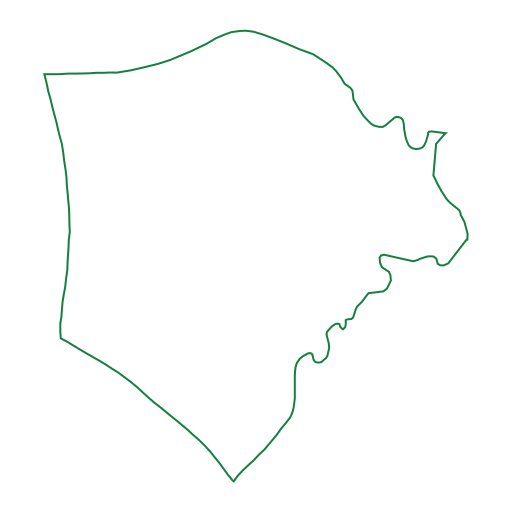 Ma'rib City, Ma'rib, Yemen (Mercator projection)
{"feature_id": "15242507B93077253954645", "entity_name": "Ma'rib City", "entity_type": "district", "adm_level": 2, "iso_a3": "YEM", "parent_name": "Yemen", "parent_adm1": "Ma'rib", "projection": "mercator", "projection_center": [45.317, 15.424], "detail": "fine", "context": "isolated", "style": "outline", "palette": "green", "viewbox_px": 512, "rotation_deg": 0, "n_neighbors": 0, "source": "geoboundaries", "source_scale": "gbopen_adm2", "svg_char_len": 3057}
<svg xmlns="http://www.w3.org/2000/svg" viewBox="0 0 512 512"><path d="M233.8,481.3L237.8,475.7L243.1,470.1L248.6,464.9L254.3,459.7L258.9,454.7L264.1,449.9L268.4,444.8L272.8,439.6L277.1,434.4L280.9,428.9L286.1,422.7L290.1,417.6L291.8,413.9L292.8,411.1L293.7,407.2L294.8,398.6L294.8,375.8L295.1,371.0L295.6,366.9L296.9,362.9L300.1,358.4L303.5,355.8L308.3,353.3L309.9,353.1L311.6,353.6L312.4,354.5L313.0,357.4L313.7,359.9L314.6,361.3L315.7,362.1L317.3,362.5L319.3,362.5L320.9,362.2L322.2,361.5L323.5,360.1L325.8,358.3L327.4,355.9L329.2,347.9L328.8,343.6L326.6,334.8L326.8,332.2L328.5,330.1L331.9,326.4L335.6,323.9L338.0,323.7L339.4,324.1L339.7,325.2L340.4,327.0L342.0,328.7L343.0,329.3L345.1,327.3L345.7,324.8L345.8,322.5L345.7,320.9L345.7,320.2L346.2,319.8L347.4,319.4L351.3,319.0L353.1,317.6L353.7,315.7L355.7,309.5L357.1,306.6L361.8,301.9L366.1,296.2L368.5,293.2L383.3,291.4L387.0,288.6L390.9,280.5L390.4,275.2L389.0,271.9L381.8,267.1L380.0,262.7L379.6,257.8L381.0,255.5L383.9,254.7L412.9,261.2L414.8,260.9L418.0,259.9L419.8,258.9L427.3,256.5L429.7,256.3L433.6,256.5L436.3,258.6L437.8,263.8L440.2,265.3L443.8,265.4L448.3,263.3L466.5,239.7L467.3,239.7L467.6,233.7L464.4,221.8L460.8,215.1L460.4,212.7L459.3,210.4L457.5,208.7L454.5,206.4L450.9,203.4L448.4,201.1L446.4,198.8L441.3,190.9L441.0,190.2L437.5,184.0L434.5,177.5L433.4,175.6L436.1,143.9L438.2,141.5L445.1,133.6L445.6,133.2L431.5,131.4L428.8,131.8L428.1,132.8L428.0,134.8L425.9,141.8L424.3,145.1L422.7,147.2L420.6,148.3L418.5,148.8L415.8,149.0L412.6,148.4L410.3,147.0L408.7,145.3L406.9,141.3L405.9,138.3L405.5,136.8L405.3,135.7L405.1,134.5L404.2,129.6L403.8,124.2L403.0,120.3L401.2,118.1L398.7,117.1L396.3,116.9L394.1,117.9L392.7,119.3L389.7,121.8L386.1,124.9L382.8,126.9L379.4,126.9L374.3,125.7L371.1,123.8L367.9,120.6L363.8,116.2L358.9,108.9L355.7,103.3L353.5,99.5L352.8,93.3L352.5,91.1L351.8,89.6L350.2,87.7L346.8,85.3L344.6,83.8L341.2,77.9L336.1,71.1L332.2,67.0L328.1,64.3L327.9,63.9L313.3,54.3L299.1,49.1L292.9,46.4L285.9,43.4L275.2,39.1L262.8,34.5L253.5,31.7L245.4,30.7L239.6,31.0L231.1,32.2L224.0,34.8L215.8,38.3L206.9,43.6L190.5,51.5L170.1,60.0L158.2,63.8L144.5,67.2L130.5,70.4L116.9,72.6L110.1,72.5L103.4,72.8L96.6,72.8L89.1,73.3L81.8,73.5L74.9,73.6L68.1,73.6L59.1,74.2L51.8,74.2L44.4,74.2L45.2,77.5L46.8,84.1L48.4,91.8L50.4,98.7L52.4,107.2L54.3,114.4L56.5,122.6L58.1,129.7L59.8,136.5L61.8,143.7L63.3,153.1L64.1,160.4L65.6,170.0L66.5,177.5L66.8,184.8L67.6,192.7L68.3,201.3L69.0,208.3L69.3,216.5L69.4,223.6L69.8,232.0L68.8,239.8L68.5,248.2L68.0,255.3L67.6,262.1L67.3,270.0L66.1,278.7L65.1,287.6L63.8,294.3L62.6,301.7L62.0,308.4L61.5,315.9L60.3,323.7L60.3,331.5L60.8,338.4L66.6,341.4L73.0,345.3L79.6,349.3L85.5,352.8L92.6,356.9L98.8,360.4L105.5,364.4L112.3,368.9L118.0,372.4L124.6,377.3L130.6,381.8L137.5,387.5L143.3,392.9L148.8,397.9L154.6,402.9L160.1,407.1L165.8,411.8L171.5,416.5L177.6,421.4L182.8,425.7L188.1,430.2L193.0,434.8L198.8,439.8L205.1,446.0L210.3,451.7L214.8,457.4L219.3,462.9L223.8,469.1L227.9,474.7L232.3,480.2L233.8,481.3Z" fill="none" stroke="#15803d" stroke-width="2"/></svg>